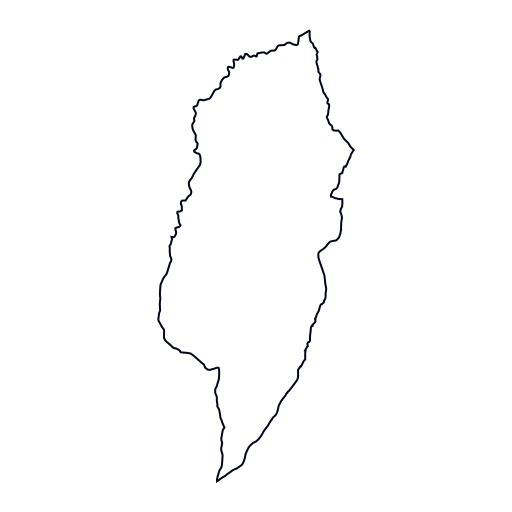 outline of Durania, Norte de Santander, Colombia
{"feature_id": "7082276B9527918417262", "entity_name": "Durania", "entity_type": "district", "adm_level": 2, "iso_a3": "COL", "parent_name": "Colombia", "parent_adm1": "Norte de Santander", "projection": "equal_earth", "projection_center": [-72.667, 7.738], "detail": "fine", "context": "isolated", "style": "outline", "palette": "ink", "viewbox_px": 512, "rotation_deg": 0, "n_neighbors": 0, "source": "geoboundaries", "source_scale": "gbopen_adm2", "svg_char_len": 5997}
<svg xmlns="http://www.w3.org/2000/svg" viewBox="0 0 512 512"><path d="M217.0,481.3L218.5,480.4L221.0,478.4L225.1,475.9L227.8,473.7L229.6,472.6L232.1,470.7L233.9,469.6L236.6,468.5L241.6,465.1L242.7,463.7L243.8,461.2L244.7,458.5L245.7,453.7L248.4,447.9L249.8,445.9L252.0,443.8L253.4,442.8L256.1,441.4L258.2,439.6L260.5,436.8L261.9,434.6L263.9,430.9L267.9,425.7L270.2,421.7L271.8,419.5L273.1,417.4L274.6,416.2L276.1,414.4L277.1,412.4L278.2,408.3L278.4,406.9L278.9,405.3L281.1,401.2L282.8,398.8L285.6,395.3L286.3,393.6L286.7,393.1L287.3,392.9L287.8,391.7L288.8,391.0L291.8,387.3L297.3,379.8L298.0,377.4L298.1,374.6L298.0,370.0L300.1,367.0L300.9,365.5L300.9,366.5L301.2,366.2L303.7,361.1L305.2,359.5L305.2,353.3L305.5,350.8L305.0,350.6L307.3,346.5L307.9,346.0L307.6,345.5L307.4,344.0L307.4,343.6L307.8,342.7L308.2,342.2L309.1,342.1L309.8,341.2L310.0,340.4L310.0,336.5L310.7,330.5L310.9,327.8L311.2,326.9L312.3,324.8L312.2,325.7L312.5,325.8L312.6,325.3L313.3,324.0L314.2,323.2L315.4,321.6L315.4,319.1L315.2,319.1L315.3,318.6L315.2,318.5L316.3,316.5L316.7,314.6L318.7,311.0L320.2,305.8L321.0,304.4L322.1,304.0L323.7,302.5L324.2,300.6L325.4,298.2L325.6,296.7L325.6,293.7L326.2,289.1L326.1,287.8L325.4,284.5L324.4,275.4L319.2,260.2L318.4,257.4L318.3,253.9L318.6,252.8L320.0,251.2L323.8,248.6L325.7,246.8L327.7,244.3L329.8,241.9L331.7,241.2L335.8,240.5L336.9,239.8L338.5,238.0L339.2,237.0L340.3,233.7L341.0,230.1L341.2,222.7L342.0,217.4L341.2,213.9L340.2,211.7L340.8,208.9L341.7,207.5L342.0,206.7L342.2,205.9L342.4,202.9L342.3,199.2L338.2,198.9L337.4,198.6L334.9,198.1L332.2,196.7L331.0,196.7L330.9,195.1L332.3,191.7L333.0,190.5L333.9,189.7L336.1,188.9L337.5,187.2L338.0,185.4L339.0,183.0L339.3,180.9L339.4,176.5L339.6,174.2L342.3,173.0L342.5,171.5L343.1,170.2L343.7,167.3L344.4,166.5L345.7,166.7L346.2,165.4L346.9,164.7L348.5,160.3L349.2,159.2L349.5,158.0L350.0,157.7L350.3,157.0L350.6,155.4L351.1,154.1L353.7,150.0L350.3,146.5L348.5,143.4L347.7,142.5L343.9,138.7L340.7,133.3L339.4,131.6L338.3,130.6L337.9,130.5L336.5,130.7L335.2,130.6L333.9,130.4L332.7,129.7L332.4,129.1L332.3,127.0L332.1,126.4L331.5,125.5L330.0,124.3L329.1,123.2L328.0,119.8L326.8,117.4L326.8,116.6L327.7,115.3L328.2,113.1L328.4,110.3L329.0,107.4L329.2,105.3L329.1,104.7L328.7,103.9L327.6,103.5L327.4,103.1L327.4,102.4L328.0,100.1L327.9,99.1L327.6,98.5L326.2,96.7L325.1,94.5L323.5,92.5L322.4,88.1L319.7,80.0L319.8,78.1L320.4,75.8L320.4,74.8L320.1,74.0L318.5,71.9L318.3,70.3L318.4,69.2L317.7,67.3L317.6,65.9L317.0,64.7L316.4,61.9L316.5,61.0L317.4,59.4L317.4,58.5L317.1,57.6L317.2,56.4L316.6,54.6L316.8,53.8L317.5,52.8L317.6,51.9L316.6,50.5L315.5,48.0L315.1,47.7L314.5,48.0L314.1,47.5L313.1,44.4L312.6,43.3L311.1,42.1L310.5,41.2L309.8,38.0L309.6,34.9L309.7,31.3L309.4,30.7L309.0,30.8L301.0,35.6L299.5,36.1L298.9,36.6L298.3,41.9L298.1,43.3L297.5,44.6L296.9,45.1L295.5,44.9L293.2,44.4L289.9,42.7L289.1,42.6L287.3,42.9L286.1,43.6L284.4,45.0L279.6,45.3L278.2,45.7L277.5,46.4L275.6,49.8L275.0,50.3L274.0,50.6L271.5,50.6L270.4,51.0L266.9,53.7L266.2,53.6L264.4,52.6L263.5,52.4L261.7,52.5L259.4,53.1L258.1,53.2L257.7,53.3L257.2,53.9L256.9,55.6L256.6,56.4L256.0,56.5L255.0,55.8L253.6,55.6L252.1,56.5L250.5,56.9L249.3,56.4L247.0,54.1L246.6,53.9L245.3,54.0L243.8,57.5L243.2,58.6L242.4,58.6L241.3,56.5L240.7,56.3L240.4,56.4L239.3,57.9L238.7,59.1L238.0,59.8L233.9,59.6L233.6,59.8L233.5,60.3L233.5,61.1L233.9,62.8L234.2,65.0L233.8,67.1L233.4,67.7L233.1,67.9L232.2,67.8L229.5,66.8L228.3,66.8L227.9,67.2L227.7,68.1L228.0,69.7L229.2,72.2L229.1,73.8L228.6,75.6L227.9,76.2L226.8,76.8L225.1,77.2L223.9,77.8L221.9,80.1L220.6,82.8L220.5,83.6L220.5,86.4L220.1,87.5L219.6,88.1L217.8,89.1L215.7,89.6L215.0,90.2L214.3,90.9L211.7,95.7L210.5,97.5L209.7,98.4L209.0,98.8L204.0,100.2L202.5,100.2L200.8,99.7L199.5,99.9L198.6,100.9L198.3,101.6L197.2,105.3L196.3,106.2L194.6,106.4L193.7,107.0L193.5,107.7L193.7,108.8L195.6,112.3L195.8,112.9L195.8,113.6L195.6,114.6L195.1,116.1L194.1,117.9L194.1,119.3L194.4,120.8L194.3,121.2L192.4,124.2L192.2,125.6L192.3,127.0L192.8,129.4L193.3,130.6L195.4,134.3L195.8,135.4L195.8,136.7L195.5,139.5L195.8,140.8L196.5,142.2L197.2,142.7L197.6,143.5L197.6,144.4L197.2,145.9L197.1,147.3L196.9,147.8L196.1,148.9L194.2,150.4L194.0,151.0L194.4,151.8L196.8,153.3L198.9,153.7L199.7,154.7L200.3,156.8L200.5,158.4L200.6,162.4L200.2,164.2L199.8,165.2L196.1,170.4L193.6,174.3L192.9,175.9L191.4,178.6L189.8,180.5L189.0,182.2L188.8,183.9L189.1,185.7L189.8,188.0L190.7,189.7L191.3,191.7L191.2,193.0L191.0,193.7L190.5,194.6L190.0,195.2L189.0,195.8L187.7,197.1L185.6,200.5L182.0,200.6L181.5,201.1L181.0,202.0L180.9,203.8L181.0,204.5L181.6,205.5L181.8,206.4L181.9,210.4L179.9,211.5L179.4,211.6L178.0,211.5L177.5,211.8L177.3,212.1L177.3,213.5L178.1,214.8L178.3,215.7L178.4,218.5L179.3,223.2L179.6,223.9L180.5,225.1L180.0,226.1L179.2,226.9L176.7,227.5L175.4,228.2L175.5,229.9L176.1,232.0L176.1,233.1L176.1,233.6L174.8,236.3L173.6,237.3L171.5,236.9L172.0,239.3L170.7,244.1L169.6,246.0L169.5,246.3L169.8,248.4L169.7,251.5L170.1,255.6L171.4,259.4L171.3,260.8L170.0,263.0L167.4,271.6L166.5,274.0L163.4,278.1L160.6,284.5L160.3,287.0L159.9,294.3L160.3,298.6L159.8,303.7L160.1,310.6L159.1,313.1L158.3,319.5L158.5,320.6L162.0,327.0L163.8,329.4L164.1,330.8L164.0,337.9L164.3,338.6L165.7,341.0L170.5,345.1L173.4,347.9L177.1,348.8L178.1,349.6L179.0,350.0L179.6,350.4L180.2,351.5L180.6,352.1L181.1,352.4L187.6,352.9L190.8,353.6L193.9,355.9L202.6,363.6L203.8,364.4L205.3,367.8L207.9,369.7L209.8,369.9L213.8,368.8L217.2,367.6L218.6,367.8L219.1,370.0L219.2,374.1L218.8,379.4L216.4,387.1L215.7,388.2L215.2,389.4L215.2,392.5L215.7,394.2L216.3,395.3L216.8,397.1L216.9,401.5L217.4,404.0L217.3,406.1L217.5,406.7L219.0,409.3L219.4,410.6L219.6,412.1L220.1,414.5L220.3,416.9L220.5,417.9L221.9,421.1L222.5,423.1L224.4,427.6L222.8,430.0L221.3,438.4L221.4,440.2L222.2,442.9L221.7,445.7L221.3,447.3L221.1,449.5L222.6,455.1L222.4,459.2L221.9,465.2L221.7,466.2L221.2,467.7L219.5,470.3L219.1,471.5L217.5,476.9L217.0,479.6L217.0,481.3Z" fill="none" stroke="#020617" stroke-width="2"/></svg>